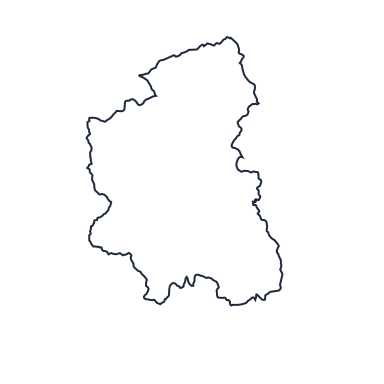 outline of Son Dong, Bắc Giang, Vietnam, rotated 150°
{"feature_id": "81297802B10167820950608", "entity_name": "Son Dong", "entity_type": "district", "adm_level": 2, "iso_a3": "VNM", "parent_name": "Vietnam", "parent_adm1": "Bắc Giang", "projection": "robinson", "projection_center": [106.856, 21.328], "detail": "fine", "context": "isolated", "style": "outline", "palette": "slate", "viewbox_px": 384, "rotation_deg": 150, "n_neighbors": 0, "source": "geoboundaries", "source_scale": "gbopen_adm2", "svg_char_len": 6056}
<svg xmlns="http://www.w3.org/2000/svg" viewBox="0 0 384 384"><g transform="rotate(150 192 192)"><path d="M304.5,193.9L303.0,193.2L300.8,191.4L300.0,191.2L299.6,190.0L298.1,189.3L298.1,189.0L298.6,187.5L298.6,186.1L298.2,185.3L296.8,184.3L295.5,182.7L295.5,179.7L293.3,179.7L292.4,179.4L291.3,178.0L289.0,176.1L285.4,175.2L284.7,174.6L283.6,171.8L281.9,171.5L281.4,171.1L279.3,170.8L277.5,170.9L276.9,170.3L276.3,169.0L276.2,167.6L276.4,167.1L277.7,166.1L278.4,164.5L278.6,163.2L278.5,159.1L279.7,157.0L279.8,156.1L278.3,150.9L276.5,148.7L276.6,146.2L276.1,145.1L275.3,141.8L274.9,138.8L275.2,138.2L276.9,136.8L278.7,133.9L278.7,133.2L278.2,132.4L277.9,131.2L278.0,130.3L278.3,129.5L280.0,128.0L280.7,127.7L282.2,126.5L284.4,126.2L285.7,125.6L286.2,125.0L286.5,124.0L285.6,122.3L283.2,120.6L282.0,119.2L279.9,117.9L278.9,117.8L278.4,117.0L277.9,113.7L275.6,110.7L273.6,111.0L271.3,110.9L270.6,111.1L269.1,112.7L267.9,112.4L266.1,113.2L264.5,113.4L263.5,114.2L260.2,119.3L258.3,121.5L256.7,122.3L254.7,122.8L253.7,122.5L252.7,121.6L252.1,120.6L251.7,118.4L250.1,116.4L250.4,115.4L250.0,114.8L249.2,114.4L246.9,114.3L246.6,114.4L245.7,115.7L242.7,117.9L240.8,120.3L239.1,121.1L239.0,120.1L239.2,118.8L240.0,116.4L240.1,113.1L239.3,111.0L237.8,110.1L236.6,112.1L234.2,113.8L233.1,115.9L231.6,117.6L230.4,118.2L229.4,118.0L228.3,117.5L227.6,116.9L226.3,115.1L225.2,114.3L222.4,110.2L220.7,109.9L219.1,108.3L218.4,107.3L218.1,106.1L217.1,104.1L215.7,102.1L215.6,100.5L216.3,96.3L216.8,95.8L218.4,95.4L219.7,94.7L222.2,89.3L222.4,88.4L222.2,87.8L221.6,87.1L218.5,85.0L216.7,84.3L216.1,83.6L216.0,81.0L214.5,80.3L214.2,79.8L214.0,77.9L214.9,76.5L215.1,74.8L214.7,74.6L214.4,74.0L213.4,74.0L208.7,71.3L204.9,69.8L201.4,69.0L200.5,68.9L197.9,69.7L195.9,69.8L193.2,70.4L191.9,70.3L191.1,69.4L191.1,67.0L189.1,68.9L187.8,70.8L187.4,71.1L187.0,70.8L185.3,64.3L184.5,63.2L183.0,62.2L182.0,63.1L180.2,65.8L179.7,66.0L177.9,65.9L174.4,66.4L173.5,66.2L171.0,65.1L166.2,63.3L165.5,63.3L163.6,64.0L162.9,64.8L162.2,67.6L154.9,75.4L154.6,76.2L154.4,80.7L152.7,82.1L151.4,83.6L150.7,85.8L149.1,88.6L148.8,93.7L148.2,95.0L148.6,96.5L148.6,97.5L147.5,99.2L145.7,100.7L144.0,101.6L143.8,102.2L143.8,104.2L144.5,108.8L146.3,112.2L146.9,116.2L146.2,119.2L146.8,120.7L146.8,121.1L144.0,124.8L142.5,128.7L142.5,129.8L143.3,131.4L145.3,132.8L145.7,133.5L145.7,134.5L145.2,136.7L145.2,137.7L146.0,140.3L145.5,140.8L144.1,141.1L143.5,141.6L143.1,142.7L143.4,143.6L143.5,145.4L143.7,146.1L143.4,147.3L143.3,148.7L143.7,149.1L144.9,149.6L145.3,150.0L145.4,150.8L144.5,151.7L144.2,152.5L144.1,153.2L143.4,152.9L142.6,151.8L142.1,151.6L141.3,152.2L141.8,153.1L141.0,153.8L140.5,153.8L139.8,153.3L138.9,151.9L137.9,151.8L135.2,153.8L135.0,154.3L135.4,155.6L135.3,157.1L133.6,159.7L133.6,160.3L134.1,161.8L133.9,162.6L133.1,163.2L129.9,163.4L126.6,166.6L126.3,167.3L126.4,167.9L127.5,170.0L127.5,170.4L125.1,175.4L125.2,176.3L128.8,179.2L131.0,179.3L133.1,182.2L135.5,183.8L136.5,184.4L139.0,184.8L139.4,185.2L140.1,186.9L140.9,187.9L140.8,190.8L140.3,192.8L139.0,194.7L136.3,197.2L134.0,198.3L133.0,198.3L132.1,198.0L130.9,196.8L131.0,199.9L130.5,203.3L130.8,205.1L131.4,206.7L133.4,209.2L134.4,209.8L134.7,210.6L134.7,212.1L133.6,213.3L131.1,215.0L128.7,216.2L127.3,216.4L124.8,217.7L122.6,217.6L121.0,219.4L119.0,220.3L117.9,221.2L117.5,222.1L117.6,223.3L118.4,225.1L118.5,225.7L117.8,229.3L117.2,229.9L112.3,231.2L110.9,231.9L109.5,231.9L107.3,231.1L105.1,231.4L102.8,233.4L102.8,235.0L102.3,235.8L100.9,237.0L99.7,237.5L95.6,238.0L94.3,237.1L92.8,236.7L92.2,235.7L91.7,235.4L90.9,235.2L90.0,235.4L90.6,237.7L90.4,238.4L89.6,239.2L89.4,239.7L88.8,246.8L88.0,247.9L85.1,250.9L84.2,253.8L86.6,257.8L87.4,259.8L88.2,265.4L88.1,268.0L86.6,273.7L85.7,276.1L85.4,277.6L86.2,279.8L85.9,280.1L84.7,280.2L82.8,281.8L80.3,282.8L79.3,283.6L79.2,284.4L79.6,285.4L82.0,288.7L82.0,289.1L79.9,291.9L78.8,297.4L78.9,298.2L80.4,303.3L81.4,306.2L82.0,306.0L82.6,306.3L83.8,308.4L84.4,308.7L86.3,307.9L88.5,308.2L91.9,306.9L94.1,306.5L95.9,308.5L97.3,308.6L99.7,307.8L101.0,309.2L101.9,310.7L104.6,313.0L106.3,312.5L108.7,312.4L108.4,313.4L109.2,314.3L111.9,314.3L116.3,312.9L122.7,316.1L123.5,316.7L124.9,316.4L127.1,316.5L128.9,316.7L131.6,317.5L133.4,316.7L136.1,316.6L136.7,316.9L138.2,317.1L139.0,319.2L139.4,319.5L149.1,320.5L151.6,320.9L152.8,321.6L154.2,321.8L155.1,321.7L158.5,320.0L161.1,317.9L165.9,318.5L170.6,316.5L172.4,317.3L176.0,318.1L178.7,319.3L179.5,319.2L179.5,318.7L177.3,315.9L175.2,311.8L174.9,310.8L174.8,303.7L175.4,302.2L175.4,301.1L175.3,300.1L174.6,298.7L174.5,297.8L175.4,294.7L175.1,293.3L176.0,293.7L178.5,294.3L182.5,294.5L185.2,295.0L187.7,294.6L188.5,294.2L189.4,293.4L190.3,293.1L193.2,293.1L194.3,293.7L194.9,294.5L195.4,299.4L196.9,302.0L198.3,302.6L199.8,302.7L200.9,302.5L202.4,303.5L204.4,303.8L205.2,303.2L209.0,297.6L210.5,296.8L212.4,297.0L216.7,299.9L218.1,299.2L219.9,298.9L222.1,298.2L224.4,297.1L226.7,296.7L230.5,296.7L231.6,296.2L232.2,296.4L235.5,299.8L235.8,300.3L236.1,301.5L238.0,303.8L240.4,305.7L243.6,307.4L243.9,307.4L244.5,306.8L245.4,304.7L247.5,304.8L248.4,303.6L250.0,300.0L250.1,297.3L251.1,295.1L251.4,293.1L253.9,292.7L255.7,292.0L256.4,291.3L256.1,288.9L256.2,288.0L256.9,286.4L256.4,284.7L256.8,280.5L258.4,278.3L260.5,277.3L262.3,273.5L262.9,272.8L262.9,271.5L263.9,270.0L264.8,266.7L265.1,266.5L267.3,267.0L268.8,265.9L270.7,265.2L269.4,262.8L270.5,260.3L270.5,259.7L269.8,257.1L269.9,256.2L272.4,252.8L272.8,247.6L274.4,244.7L274.4,244.1L274.9,243.1L275.0,242.2L274.6,240.0L273.9,238.5L273.9,237.0L272.8,235.7L271.3,235.5L269.3,233.7L268.7,231.6L268.1,230.3L268.4,228.5L268.2,226.2L267.8,225.0L267.0,224.0L267.0,223.6L269.7,220.9L272.2,219.7L273.5,218.1L275.6,217.5L276.5,216.9L277.6,216.7L279.7,216.9L280.9,216.3L284.4,216.0L285.8,216.7L286.9,216.8L287.7,215.7L288.3,215.2L290.2,216.1L290.9,216.1L291.4,215.7L291.9,214.5L292.6,213.8L293.2,213.7L295.4,212.4L296.8,212.7L297.7,210.9L299.8,209.0L300.7,206.4L302.2,206.1L302.8,205.7L305.2,201.4L304.9,200.0L305.2,196.8L304.5,193.9Z" fill="none" stroke="#1e293b" stroke-width="2"/></g></svg>